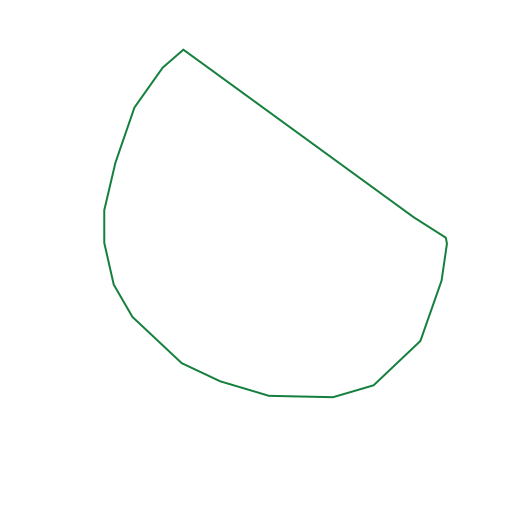 Yangambi, Orientale, Democratic Republic of the Congo, rotated 214°
{"feature_id": "63176286B49026377824569", "entity_name": "Yangambi", "entity_type": "district", "adm_level": 2, "iso_a3": "COD", "parent_name": "Democratic Republic of the Congo", "parent_adm1": "Orientale", "projection": "orthographic", "projection_center": [24.481, 0.79], "detail": "fine", "context": "isolated", "style": "outline", "palette": "green", "viewbox_px": 512, "rotation_deg": 214, "n_neighbors": 0, "source": "geoboundaries", "source_scale": "gbopen_adm2", "svg_char_len": 403}
<svg xmlns="http://www.w3.org/2000/svg" viewBox="0 0 512 512"><g transform="rotate(214 256 256)"><path d="M104.6,373.0L108.8,377.3L146.8,376.3L402.1,385.4L431.6,386.4L438.7,360.0L439.8,311.1L424.7,254.7L407.4,209.1L389.1,182.0L357.9,152.7L324.4,136.4L257.6,125.6L215.6,132.1L167.1,147.3L113.2,182.0L86.2,214.6L72.2,277.5L88.4,339.4L104.6,373.0Z" fill="none" stroke="#15803d" stroke-width="2"/></g></svg>